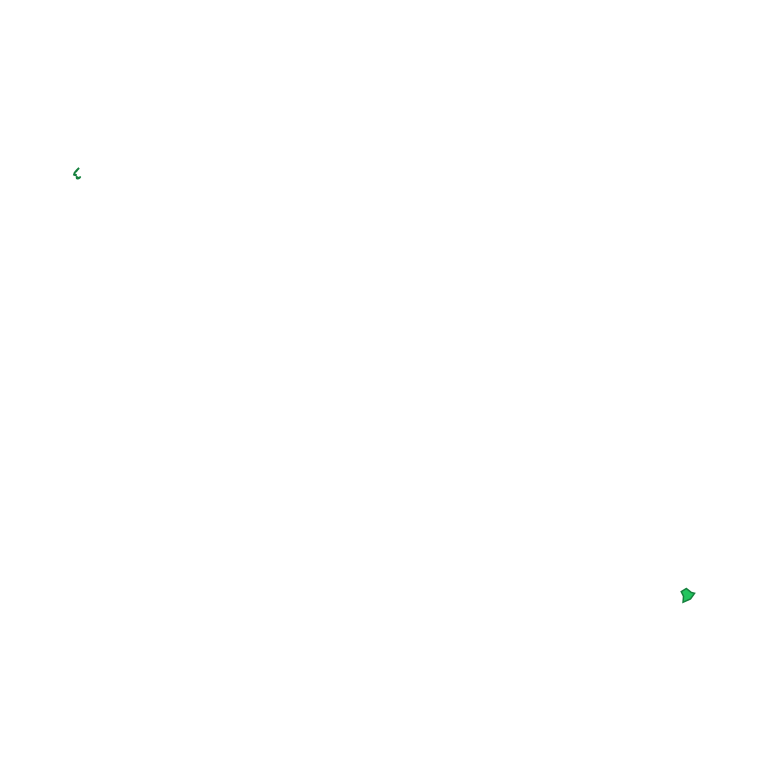 map outline of Indian Ocean Territories (Equal Earth projection), rotated 49°
{"feature_id": "IOA", "entity_name": "Indian Ocean Territories", "entity_type": "country or territory", "adm_level": 0, "iso_a3": "IOA", "parent_name": "Asia", "parent_adm1": "", "projection": "equal_earth", "projection_center": [99.131, -11.315], "detail": "fine", "context": "isolated", "style": "filled", "palette": "green", "viewbox_px": 768, "rotation_deg": 49, "n_neighbors": 0, "source": "natural_earth", "source_scale": "50m", "svg_char_len": 566}
<svg xmlns="http://www.w3.org/2000/svg" viewBox="0 0 768 768"><g transform="rotate(49 384 384)"><path d="M747.3,293.7L744.9,301.5L740.7,297.2L735.7,295.9L736.7,290.0L740.8,289.2L742.8,288.9L745.7,286.9L747.3,293.7ZM21.9,479.2L22.8,479.7L24.1,479.1L24.6,479.8L22.6,480.9L21.4,478.9L20.9,475.8L20.7,473.1L21.2,473.1L21.3,474.2L21.4,475.0L21.8,476.8L21.5,478.0L21.9,479.2ZM28.2,480.5L27.3,481.1L26.5,480.7L26.3,480.4L26.2,479.8L27.1,479.7L27.8,479.2L28.3,478.2L28.4,476.9L28.8,478.2L28.7,479.5L28.2,480.5Z" fill="#22c55e" stroke="#15803d" stroke-width="1.5"/></g></svg>